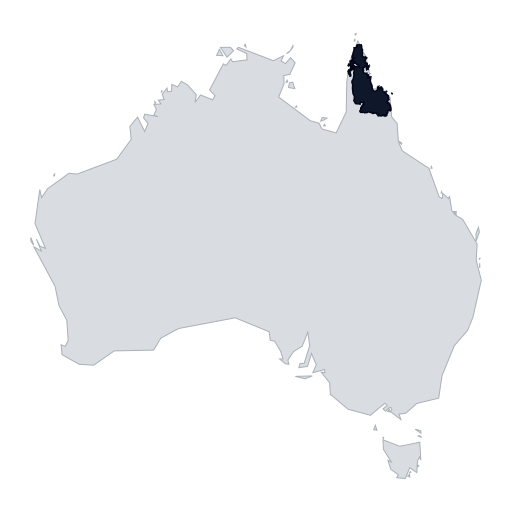 Cook, Queensland, Australia shown in context
{"feature_id": "25037944B35622910690770", "entity_name": "Cook", "entity_type": "district", "adm_level": 2, "iso_a3": "AUS", "parent_name": "Australia", "parent_adm1": "Queensland", "projection": "natural_earth1", "projection_center": [143.95, -13.681], "detail": "fine", "context": "in_parent", "style": "filled", "palette": "ink", "viewbox_px": 512, "rotation_deg": 0, "n_neighbors": 0, "source": "geoboundaries", "source_scale": "gbopen_adm2", "svg_char_len": 9119}
<svg xmlns="http://www.w3.org/2000/svg" viewBox="0 0 512 512"><path d="M366.1,57.5L372.7,89.3L380.8,87.8L390.0,97.2L391.6,116.7L397.1,123.4L398.4,141.5L402.3,150.9L428.9,168.3L439.2,197.0L442.2,198.5L442.8,193.4L448.6,198.6L449.5,196.0L451.8,210.6L455.2,214.9L462.7,219.4L477.1,244.0L476.2,260.4L481.3,280.1L473.0,317.0L467.6,330.4L454.4,345.6L442.0,375.6L438.7,398.1L416.7,403.5L405.8,413.2L399.0,414.1L400.9,419.6L390.3,411.5L391.8,409.6L391.1,407.6L389.2,407.6L385.6,411.1L383.0,408.9L387.3,405.6L384.9,403.1L370.5,415.3L348.0,409.2L330.4,394.4L329.6,382.8L321.3,372.2L324.8,372.7L324.6,369.5L312.9,372.7L316.3,364.8L311.5,353.5L307.5,366.4L298.8,367.7L300.1,363.4L304.2,363.4L309.7,345.6L307.8,332.2L302.2,346.2L293.5,351.6L287.9,360.0L288.8,364.3L285.4,363.7L279.6,359.0L283.1,358.9L280.4,350.7L274.7,341.3L270.2,340.1L269.2,331.8L235.1,317.8L178.6,328.5L160.9,338.1L153.6,350.1L114.2,350.9L93.7,365.2L79.1,364.3L62.0,354.6L61.1,344.7L65.2,346.4L68.2,340.4L66.8,320.4L58.9,305.3L55.1,286.4L33.9,246.9L41.4,251.1L36.4,239.1L39.9,246.2L45.4,248.3L35.0,223.6L39.8,189.5L41.6,197.6L47.5,188.8L69.1,173.2L77.0,174.1L116.7,159.2L131.2,139.4L129.9,126.4L137.6,117.1L144.7,131.5L148.0,123.5L143.5,117.8L144.8,114.2L158.0,116.6L153.8,115.2L156.4,109.5L153.9,104.5L161.0,103.9L158.3,100.1L164.2,99.6L162.1,94.2L167.0,88.1L167.5,91.7L171.5,91.3L171.8,84.4L177.7,86.8L181.4,81.3L187.7,85.1L196.3,94.7L195.0,102.4L200.6,95.0L212.7,99.8L215.0,95.7L209.6,89.9L223.3,63.9L226.1,65.5L230.9,59.0L232.6,61.8L247.1,59.8L246.6,53.5L236.8,48.9L238.4,47.3L273.4,60.7L283.5,55.8L281.1,60.9L285.4,63.7L290.6,57.6L295.2,62.8L289.8,74.4L283.8,75.5L284.1,83.8L278.6,97.0L310.4,120.8L319.1,123.2L321.8,128.9L336.1,132.9L346.2,112.2L346.8,82.0L348.3,70.7L351.9,68.0L349.2,62.8L357.9,41.0L366.1,57.5ZM383.0,439.8L399.8,446.3L419.8,442.2L420.8,460.2L419.5,456.9L417.5,460.8L416.8,472.6L409.8,467.7L405.3,478.5L396.6,477.7L398.4,474.7L390.9,469.5L387.9,460.4L391.3,462.0L383.4,449.3L383.0,439.8ZM220.4,47.4L230.5,47.4L233.6,50.7L227.0,57.2L220.4,47.4ZM295.3,376.4L312.3,375.9L305.1,378.8L295.3,376.4ZM292.7,82.1L294.8,88.6L288.5,87.5L289.5,82.9L292.7,82.1ZM476.1,241.1L475.9,233.7L478.4,227.5L479.4,232.0L476.1,241.1ZM415.2,429.2L420.8,430.7L420.9,433.2L415.2,429.2ZM219.4,49.3L223.0,55.7L216.6,55.3L219.4,49.3ZM376.9,430.3L373.7,429.6L375.4,425.4L376.9,430.3ZM326.8,118.1L323.8,120.1L320.7,121.1L322.2,117.5L326.8,118.1ZM33.8,245.2L31.1,241.6L30.7,238.2L31.1,238.1L33.8,245.2ZM419.7,435.7L421.8,437.4L417.7,436.0L419.7,435.7ZM453.9,211.5L456.2,211.5L456.1,214.8L453.9,211.5ZM399.1,141.2L401.8,143.2L401.4,144.3L399.1,141.2ZM409.6,474.2L409.8,477.1L407.7,476.2L409.6,474.2ZM479.7,263.2L479.8,267.3L479.5,267.2L479.7,263.2ZM246.0,47.1L244.3,45.4L245.4,44.4L246.0,47.1ZM292.8,47.4L290.4,50.7L293.2,45.0L292.8,47.4ZM480.1,258.3L479.0,259.7L479.7,258.2L480.1,258.3ZM296.9,106.8L295.5,107.4L296.3,105.9L296.9,106.8ZM287.8,81.9L286.0,82.3L287.1,80.2L287.8,81.9ZM54.8,173.4L54.4,176.0L53.6,175.8L54.8,173.4ZM354.9,39.4L354.8,41.7L354.2,40.1L354.9,39.4ZM389.2,408.6L389.6,410.0L389.0,409.6L389.2,408.6ZM289.7,51.6L286.5,53.8L289.8,51.0L289.7,51.6ZM162.2,91.0L161.0,92.6L161.8,90.7L162.2,91.0ZM410.8,472.1L409.7,472.6L410.3,471.6L410.8,472.1ZM325.4,125.8L323.6,125.8L324.5,124.4L325.4,125.8ZM155.8,102.7L154.9,103.6L154.8,101.5L155.8,102.7ZM418.9,465.9L417.4,466.7L417.9,465.1L418.9,465.9ZM356.1,33.5L355.8,35.0L354.9,34.2L356.1,33.5ZM388.4,410.5L389.8,411.8L387.4,411.4L388.4,410.5ZM432.1,168.2L430.9,168.3L431.4,166.5L432.1,168.2ZM441.8,193.1L441.1,193.1L441.6,191.8L441.8,193.1ZM383.7,437.6L383.3,438.7L382.9,437.3L383.7,437.6Z" fill="#d9dde1" stroke="#a8b0b8" stroke-width="1"/><path d="M354.2,65.7L353.0,65.8L352.8,66.1L352.6,65.9L352.2,65.9L352.0,65.6L351.7,65.8L352.3,65.2L352.3,65.7L352.7,65.7L353.2,64.7L353.2,61.8L355.2,61.8L354.1,63.4L355.7,63.0L356.2,63.5L356.3,64.0L356.6,64.1L356.6,64.4L357.3,65.0L357.7,64.6L358.0,64.8L358.2,64.6L359.2,66.3L359.1,66.9L354.9,66.6L353.7,73.3L354.0,75.2L353.2,79.0L352.0,81.1L351.9,82.3L352.7,84.7L352.5,87.2L352.5,89.3L352.9,89.4L352.7,91.3L353.2,94.1L354.1,95.6L354.4,96.7L354.2,99.3L353.8,100.5L355.5,103.6L360.2,104.1L360.3,102.2L363.7,102.5L363.6,104.4L362.9,104.3L362.8,106.2L361.6,106.1L361.5,108.0L360.8,107.9L360.7,109.9L359.9,110.7L359.9,111.5L360.3,112.1L361.1,112.5L361.6,112.3L362.7,112.4L363.5,112.3L364.4,112.5L364.6,112.8L366.2,112.5L366.7,112.7L368.5,111.8L369.4,112.0L370.1,112.5L370.5,112.3L371.4,112.3L371.6,112.8L372.7,113.5L373.2,113.4L373.5,113.0L373.8,113.1L374.0,112.7L374.5,113.1L374.9,112.7L375.9,113.2L376.5,113.0L376.8,113.2L376.8,113.7L377.0,113.7L377.3,114.6L377.5,114.9L377.9,114.9L378.2,115.8L378.6,115.6L378.8,115.8L379.0,115.7L379.3,115.1L380.1,115.9L380.5,115.7L381.2,116.0L381.4,115.8L381.3,115.4L382.0,115.1L382.5,115.5L383.1,115.7L383.3,114.9L383.6,114.6L384.1,114.8L384.2,115.2L384.9,116.1L385.4,115.6L385.5,115.9L385.8,115.7L386.3,115.8L386.7,115.5L386.5,115.0L387.0,114.2L386.9,114.0L386.6,113.8L386.6,113.4L386.9,113.2L387.3,113.4L387.8,112.5L387.8,111.9L387.6,111.6L387.6,110.8L388.0,110.6L388.3,110.6L388.4,110.3L388.6,110.2L389.0,110.4L389.6,110.2L389.7,110.4L390.0,110.0L390.0,110.3L390.4,110.3L390.6,110.6L390.9,110.2L390.8,109.8L391.0,109.2L390.7,108.7L390.9,108.2L390.9,107.5L390.3,106.6L390.5,105.9L390.4,105.6L389.9,105.2L390.0,104.6L389.7,104.1L389.4,104.1L389.5,104.1L389.5,103.9L389.2,103.5L388.8,103.5L388.7,103.7L387.9,103.5L387.9,103.3L388.5,103.4L388.5,102.8L388.2,102.8L388.1,103.2L387.7,103.3L387.5,103.0L387.3,103.2L387.1,102.9L387.2,102.5L387.4,102.5L387.5,102.1L387.2,102.2L387.1,101.5L387.7,101.4L387.8,99.8L387.8,100.0L388.2,100.0L388.7,99.9L388.9,99.6L388.6,99.5L388.6,99.1L388.3,99.2L388.3,98.7L388.6,98.8L388.7,97.8L388.2,97.7L388.4,95.8L387.8,95.4L387.1,95.3L386.8,95.0L386.9,94.7L386.3,94.5L386.2,93.7L385.9,93.5L385.8,92.8L385.0,92.9L384.3,92.6L384.2,91.9L383.6,92.1L383.2,92.0L383.0,91.5L382.5,91.0L382.5,90.3L382.8,89.5L382.8,89.3L382.1,89.5L382.0,88.8L382.2,88.1L381.3,86.9L381.0,86.9L380.4,88.1L379.3,88.8L378.6,88.7L377.9,88.1L377.7,88.2L377.7,89.0L377.4,89.8L375.8,91.1L374.8,91.3L373.9,91.0L373.5,90.7L373.0,90.1L372.6,89.1L372.0,87.3L372.1,86.4L371.8,84.9L371.2,84.2L370.8,82.8L370.3,82.1L370.1,81.4L370.4,79.6L370.7,78.6L370.7,78.1L370.9,76.9L370.2,77.0L370.0,77.3L369.7,77.1L369.7,77.4L367.7,77.9L367.7,77.2L368.2,76.8L368.5,75.9L368.1,75.2L367.7,75.3L368.0,74.7L367.0,74.6L366.8,74.7L366.9,73.2L365.3,73.4L364.7,73.1L363.9,73.0L362.9,71.3L363.6,70.7L363.5,69.8L363.2,69.6L363.1,69.3L362.8,68.8L362.9,68.6L363.2,68.6L363.3,68.4L363.2,68.3L363.3,67.8L363.2,67.4L364.4,67.4L364.6,66.9L364.9,66.6L364.9,66.3L365.1,65.6L365.4,65.8L365.9,65.5L366.1,65.7L366.1,66.0L366.4,66.7L366.6,66.7L366.5,67.6L366.3,67.6L366.2,67.9L366.6,68.4L366.8,69.7L367.3,69.2L367.7,69.2L367.4,68.7L367.4,68.4L367.9,68.7L367.8,68.4L368.2,68.6L368.5,67.6L368.8,67.2L368.7,67.1L368.7,66.9L369.1,66.3L368.8,66.3L368.8,66.0L367.6,65.4L367.2,64.7L367.2,63.5L366.9,63.2L366.7,63.2L366.1,62.7L365.0,62.8L365.0,62.6L365.2,61.0L365.2,60.4L365.0,60.2L366.2,58.0L366.5,57.8L366.7,58.0L366.8,57.7L366.5,57.5L366.0,57.8L365.7,57.1L365.2,56.7L364.8,57.2L363.8,57.2L362.4,56.1L362.5,53.3L362.1,51.2L362.2,50.6L362.6,49.9L362.2,49.1L361.7,48.6L361.7,46.0L361.3,45.4L361.2,44.8L357.2,44.8L356.8,45.4L356.9,46.5L356.7,46.9L356.9,47.5L354.0,47.8L354.1,48.9L353.8,51.0L353.3,52.2L352.7,54.9L352.3,55.5L352.0,57.6L352.1,57.8L352.4,57.9L352.7,58.3L352.8,58.7L352.6,59.0L352.8,59.1L353.0,59.1L353.2,57.9L353.9,57.9L353.4,58.2L353.5,58.7L353.2,59.0L353.2,59.6L352.9,59.2L352.8,59.4L352.7,59.8L352.5,58.9L352.3,59.0L352.1,59.3L352.3,60.2L352.3,60.5L351.7,60.3L351.0,60.7L351.0,62.4L349.7,62.0L350.9,62.6L350.9,63.2L350.2,64.3L349.6,64.0L349.1,64.2L348.8,64.0L348.1,65.6L348.5,65.9L348.8,64.3L348.9,65.1L349.3,65.2L349.3,64.7L349.7,64.5L349.5,64.8L350.1,65.2L350.4,65.8L350.9,66.0L351.3,65.9L351.3,65.6L351.5,65.9L351.5,66.6L351.1,66.9L351.3,67.0L351.2,67.3L350.9,67.3L350.5,68.1L350.5,69.2L349.9,69.2L349.4,69.8L348.7,70.3L348.6,70.2L348.0,71.4L348.4,71.9L348.5,73.5L349.2,74.6L349.9,75.2L349.9,76.1L350.6,76.1L350.9,75.5L349.8,71.4L351.0,70.6L350.5,70.3L350.8,69.7L351.2,69.7L351.7,68.0L352.8,69.5L353.5,68.6L353.3,68.0L352.9,67.9L352.7,68.4L352.3,67.6L353.8,67.2L354.9,66.3L354.2,65.7ZM367.6,69.0L367.2,68.9L367.4,68.8L367.2,68.5L367.6,69.0ZM351.5,68.3L351.4,68.0L351.3,67.6L351.5,67.8L351.5,68.3ZM349.1,64.5L349.3,64.4L349.2,64.3L349.5,64.2L349.7,64.3L349.4,64.3L349.3,64.5L349.1,64.5ZM351.6,67.3L351.4,67.2L351.5,67.1L351.6,67.3ZM378.5,86.8L378.1,87.2L378.7,87.3L378.5,86.8ZM349.5,61.2L350.5,61.5L350.6,61.3L350.2,61.1L349.5,61.2ZM391.8,93.6L392.1,93.8L392.2,93.6L391.9,93.3L391.8,93.6ZM378.5,86.7L378.1,86.5L377.8,87.1L378.2,86.7L378.5,86.7ZM388.7,103.2L388.5,103.4L389.0,103.4L388.9,103.1L388.7,103.2ZM351.0,67.0L351.1,66.7L350.8,66.7L351.0,67.0ZM386.2,91.3L386.6,91.5L386.7,91.4L386.5,91.2L386.2,91.3ZM378.4,87.8L378.6,87.6L378.2,87.6L378.4,87.8ZM379.2,85.8L379.3,86.1L379.3,85.9L379.2,85.8ZM377.7,87.8L378.1,87.5L378.0,87.4L377.7,87.8ZM370.6,74.0L370.7,73.7L370.6,74.0ZM369.7,65.1L369.2,64.8L369.5,65.0L369.7,65.1Z" fill="#0f172a" stroke="#020617" stroke-width="1.5"/></svg>